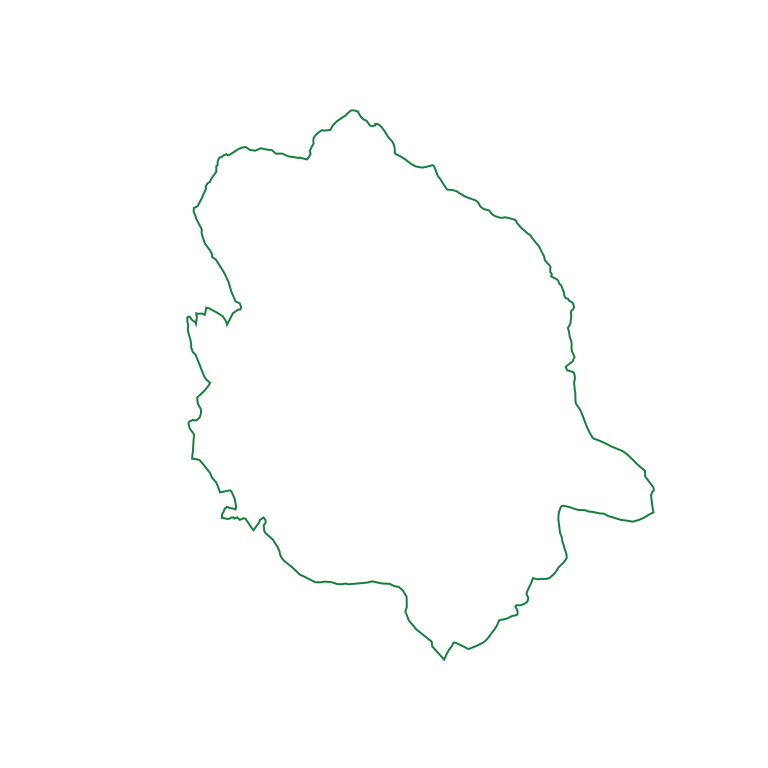 Horea, Alba, Romania (Equal Earth projection), rotated 64°
{"feature_id": "2599482B7023814920704", "entity_name": "Horea", "entity_type": "district", "adm_level": 2, "iso_a3": "ROU", "parent_name": "Romania", "parent_adm1": "Alba", "projection": "equal_earth", "projection_center": [22.952, 46.518], "detail": "fine", "context": "isolated", "style": "outline", "palette": "green", "viewbox_px": 768, "rotation_deg": 64, "n_neighbors": 0, "source": "geoboundaries", "source_scale": "gbopen_adm2", "svg_char_len": 6165}
<svg xmlns="http://www.w3.org/2000/svg" viewBox="0 0 768 768"><g transform="rotate(64 384 384)"><path d="M658.1,450.8L653.8,445.6L651.4,442.1L649.5,438.1L647.0,435.1L647.1,434.4L647.4,433.8L649.4,431.9L655.3,427.2L658.6,424.9L659.0,424.4L659.4,423.1L659.9,416.1L659.9,408.7L659.5,405.8L659.0,404.5L657.4,400.8L654.2,394.9L653.4,393.0L652.7,391.7L650.4,388.1L647.1,384.3L646.9,383.5L646.9,382.9L647.5,381.6L647.9,380.2L648.7,376.4L648.7,370.9L648.8,369.9L649.5,367.8L649.7,365.7L649.4,365.0L648.9,364.7L647.9,364.1L646.3,363.5L644.0,363.3L642.3,363.6L641.6,363.4L641.2,363.0L641.0,362.0L641.2,361.3L642.3,359.3L642.7,358.0L643.0,356.2L643.0,352.8L642.8,351.6L642.2,350.4L640.9,349.0L639.3,348.0L635.6,348.0L634.5,347.5L632.7,345.7L626.8,338.3L624.6,336.2L623.8,335.2L625.6,333.1L627.0,331.3L628.4,327.3L629.8,324.9L630.3,323.5L630.8,321.4L630.8,319.8L628.9,313.5L628.1,311.9L625.7,308.1L624.9,306.4L623.3,301.1L620.9,296.6L620.2,295.9L618.2,295.1L615.2,294.3L611.9,294.0L607.6,293.2L602.8,292.5L599.7,291.4L595.2,291.1L582.3,286.7L578.6,284.8L575.5,282.6L572.2,279.2L571.7,278.1L571.7,277.1L572.3,275.8L575.6,271.6L581.7,265.4L582.6,264.1L585.6,258.6L588.5,255.8L590.5,252.4L595.0,246.7L596.8,243.5L598.2,242.1L600.6,240.8L604.6,236.3L609.5,231.2L610.5,230.0L613.3,225.5L615.6,222.5L616.9,220.4L617.9,214.3L618.1,212.4L618.1,208.5L618.0,208.2L617.9,205.9L617.6,203.8L617.5,200.0L617.6,198.1L613.8,197.1L600.9,192.8L600.1,191.6L598.6,190.2L598.1,188.3L597.1,187.7L594.8,187.2L581.5,189.8L576.5,187.4L570.3,190.3L564.6,192.5L561.5,193.4L556.6,195.2L552.7,196.9L550.1,198.2L548.6,199.2L540.2,206.7L532.2,212.8L527.7,216.7L525.8,218.8L523.6,220.1L518.4,220.5L511.7,220.5L496.8,219.1L492.4,219.1L488.1,219.8L485.2,220.0L483.4,219.4L475.7,215.9L472.0,214.8L469.3,213.7L467.5,213.2L466.0,212.4L462.7,210.0L461.4,209.4L457.7,208.4L456.5,208.5L454.2,210.9L452.5,212.9L451.5,213.4L448.4,213.2L447.8,211.6L446.3,204.5L443.9,201.9L443.4,201.0L442.4,200.8L437.4,200.7L436.0,200.5L434.2,199.8L430.8,198.0L427.6,196.9L424.0,196.5L421.5,195.9L418.0,194.7L415.8,194.5L414.1,194.0L412.8,191.8L411.1,189.8L405.0,185.8L402.8,185.2L401.4,184.6L400.7,184.0L400.2,183.1L400.0,182.1L399.5,180.9L398.9,180.1L397.9,179.4L395.0,178.8L393.7,178.9L392.6,179.4L390.0,181.3L389.0,181.2L388.1,181.3L386.6,183.0L384.3,183.3L379.6,181.9L377.9,182.0L373.1,181.5L370.7,182.5L367.7,182.1L365.6,182.8L361.6,185.9L360.4,186.5L358.9,185.0L356.2,185.4L354.4,184.7L352.3,183.3L351.3,183.1L348.6,183.5L348.1,183.8L342.9,185.2L341.0,184.5L339.1,184.1L337.6,184.3L328.6,184.3L318.2,186.8L315.0,187.1L313.3,187.8L312.2,188.7L303.3,192.4L297.4,193.9L295.2,193.8L294.3,194.1L293.5,194.7L292.1,196.1L288.0,201.0L287.2,202.1L286.4,205.0L285.6,206.5L284.0,208.3L281.5,210.8L278.9,212.4L276.7,213.0L274.7,213.2L274.0,213.5L270.8,217.3L268.1,219.1L266.3,219.6L262.0,219.8L259.9,220.7L258.9,221.4L251.8,228.4L245.9,232.4L243.0,234.0L242.0,234.8L239.4,237.8L237.3,241.5L236.7,242.0L235.7,242.3L227.6,243.3L224.4,243.5L222.1,244.2L220.5,244.4L210.8,243.6L209.1,243.9L208.6,244.6L208.3,245.6L208.2,246.9L207.4,250.7L206.5,254.2L205.3,256.2L202.5,259.9L199.6,262.1L196.7,263.9L192.3,266.0L187.9,268.5L182.7,272.5L181.0,273.1L179.5,272.2L177.5,271.3L175.1,270.6L172.1,270.2L170.1,270.3L169.0,270.4L167.1,271.1L163.3,272.1L157.6,272.5L152.7,273.4L150.2,274.1L148.4,275.1L147.3,276.1L146.5,277.8L147.7,278.3L147.0,281.6L146.0,282.9L145.1,283.5L143.2,283.6L139.6,284.4L137.0,286.6L133.5,287.7L128.8,288.1L128.0,287.8L125.2,290.6L123.7,293.5L124.8,298.5L126.0,301.1L126.0,303.2L127.3,311.5L129.4,317.1L132.1,320.8L130.1,326.6L128.6,328.6L129.6,334.5L131.7,339.1L134.2,340.8L137.1,341.9L139.1,345.1L142.2,348.7L145.0,349.1L146.9,351.6L148.4,354.8L143.3,360.9L143.5,361.8L142.1,363.4L137.5,370.1L132.2,374.6L129.7,380.1L124.4,382.4L122.7,385.5L118.1,391.5L117.8,397.6L114.8,401.9L110.5,404.3L109.2,408.2L109.0,411.6L110.4,423.1L109.8,424.3L108.4,424.8L108.1,428.8L108.8,429.7L108.4,432.6L110.1,435.0L111.3,436.1L114.4,437.7L114.8,439.4L116.7,440.1L118.4,441.1L119.5,441.3L123.9,449.4L126.0,451.8L126.3,454.7L128.4,457.7L130.5,458.4L137.6,467.0L142.5,473.7L142.5,477.8L145.8,479.6L150.1,479.7L153.1,480.3L165.2,480.0L168.0,481.6L171.1,482.4L179.5,483.4L187.5,481.8L192.6,481.7L194.4,482.8L198.7,480.5L214.2,478.9L223.5,478.9L233.8,480.7L244.8,481.2L248.2,478.3L252.7,478.8L254.1,480.6L253.2,482.2L254.2,488.8L261.9,499.1L259.7,498.7L256.6,498.6L252.1,499.4L246.2,503.1L239.6,507.8L237.4,510.3L241.5,513.2L243.3,514.9L242.0,515.7L241.2,516.5L240.5,517.6L239.2,520.8L238.2,521.7L240.1,522.5L241.2,522.5L247.4,526.6L245.5,526.5L243.9,527.7L241.5,528.7L238.9,529.0L238.1,529.7L237.7,530.8L238.3,531.7L241.3,533.2L246.0,534.5L247.9,535.9L250.7,537.0L260.3,538.8L263.5,539.8L267.0,541.4L271.5,541.8L275.2,540.5L298.5,542.3L301.7,541.9L306.7,539.8L308.1,541.6L311.3,548.0L314.2,557.8L318.5,559.5L320.5,559.9L327.0,559.7L329.7,561.2L331.4,562.5L333.1,564.1L334.0,566.4L334.4,568.4L334.2,569.3L333.9,569.9L332.4,571.3L332.3,571.6L332.7,573.2L332.3,575.1L332.9,576.2L333.6,577.0L337.5,577.9L339.9,578.0L345.2,576.9L346.5,577.0L352.9,580.9L361.2,585.5L363.7,587.3L367.1,589.2L368.6,586.6L370.9,583.7L372.0,583.0L374.7,582.2L387.9,579.3L390.6,579.6L392.9,579.6L398.6,578.0L401.8,578.1L409.5,578.9L411.7,570.4L412.4,568.7L414.4,568.2L422.3,568.6L429.4,570.7L431.6,572.5L429.9,574.1L428.6,576.0L425.6,579.0L426.0,579.4L426.1,581.8L428.6,584.2L430.1,586.6L430.7,587.1L432.0,587.5L433.1,588.4L433.7,587.5L436.3,584.4L437.0,583.1L437.3,581.7L437.1,579.8L437.6,578.7L437.8,577.8L439.4,577.5L439.4,574.5L442.9,573.1L443.2,568.7L444.6,567.5L455.6,566.0L458.2,565.4L453.5,556.6L451.8,555.4L451.2,550.9L454.1,550.1L456.4,551.0L457.1,551.6L458.2,554.0L463.4,556.0L466.4,555.8L474.9,552.1L480.3,551.6L483.2,551.1L488.2,551.2L492.3,552.3L495.8,552.2L499.7,551.1L508.6,546.8L518.8,543.0L521.6,540.5L532.0,532.8L534.5,527.9L535.6,524.0L538.2,519.5L539.5,517.6L543.2,513.9L545.5,509.7L546.4,506.3L548.5,503.6L555.2,486.0L556.2,481.1L562.2,473.6L566.0,466.6L570.0,463.4L572.9,459.7L577.9,457.5L585.3,457.0L594.5,461.3L597.7,464.5L607.4,465.3L618.8,462.5L636.4,454.1L641.2,455.7L642.8,455.1L658.1,450.8Z" fill="none" stroke="#15803d" stroke-width="2"/></g></svg>